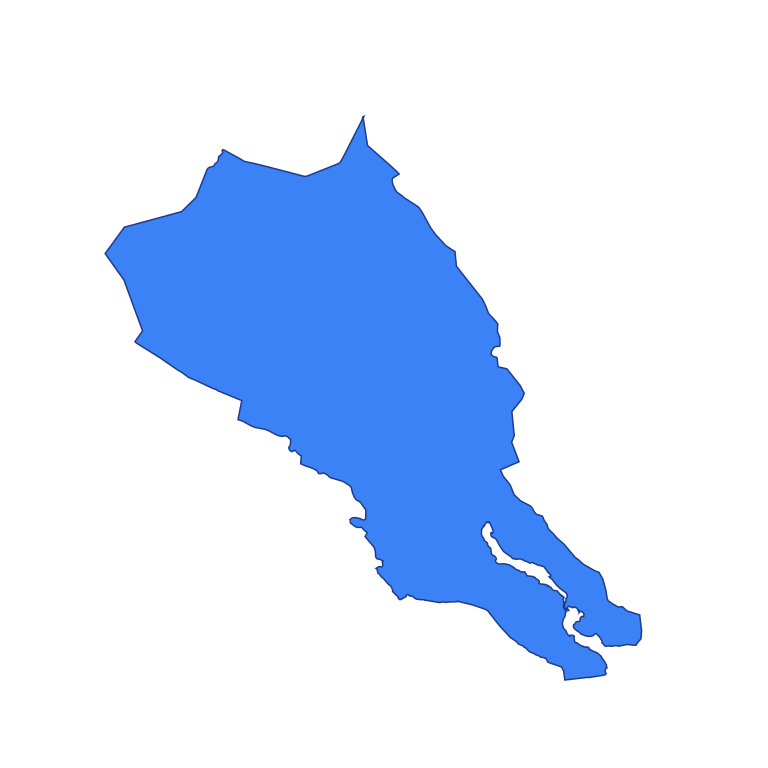 Modalen nor, Hordaland, Norway, rotated 280°
{"feature_id": "86288312B70399865031783", "entity_name": "Modalen nor", "entity_type": "district", "adm_level": 2, "iso_a3": "NOR", "parent_name": "Norway", "parent_adm1": "Hordaland", "projection": "orthographic", "projection_center": [5.762, 60.88], "detail": "fine", "context": "isolated", "style": "filled", "palette": "blue", "viewbox_px": 768, "rotation_deg": 280, "n_neighbors": 0, "source": "geoboundaries", "source_scale": "gbopen_adm2", "svg_char_len": 6170}
<svg xmlns="http://www.w3.org/2000/svg" viewBox="0 0 768 768"><g transform="rotate(280 384 384)"><path d="M143.3,653.0L144.7,651.9L145.8,652.0L150.1,648.4L151.7,646.0L152.3,646.2L153.7,645.0L156.1,640.9L157.1,637.3L157.3,635.5L157.8,634.8L157.9,633.6L158.4,633.2L158.8,631.7L160.1,631.5L160.2,628.4L159.4,626.9L160.3,626.2L160.1,625.0L160.4,624.4L160.6,622.8L161.6,621.2L161.6,620.6L162.5,619.4L162.8,616.8L167.0,615.2L168.1,615.4L169.1,614.6L169.3,613.1L169.0,611.3L168.3,611.1L167.9,610.7L168.1,610.4L169.4,608.1L172.3,606.1L175.0,603.0L179.2,601.1L184.0,601.6L187.5,602.8L190.9,602.3L191.6,603.3L193.8,600.5L196.0,599.2L199.8,599.1L203.7,597.8L205.0,598.4L205.5,597.9L206.1,595.9L206.7,596.0L207.0,594.5L210.2,590.6L210.3,586.0L212.4,584.1L213.0,582.3L213.4,582.1L213.6,581.4L213.3,580.3L214.1,580.2L214.3,578.6L214.7,577.9L214.4,576.7L214.6,575.4L214.1,573.6L214.4,572.8L214.4,571.7L215.0,571.2L216.7,571.2L217.9,569.8L218.6,567.5L219.7,566.3L220.2,564.2L220.2,561.1L219.9,559.2L220.2,558.1L223.4,555.3L222.8,551.2L223.7,549.7L223.9,547.8L224.7,545.5L226.2,543.1L226.7,540.6L227.4,539.8L227.8,536.9L227.8,533.0L226.8,529.5L226.8,527.6L227.6,525.9L228.3,524.9L229.5,524.4L231.1,525.1L232.3,524.5L233.9,522.7L233.9,521.6L235.1,519.4L240.6,517.7L242.9,514.3L245.1,513.6L246.4,512.0L246.5,511.2L247.1,510.2L248.9,509.3L251.5,506.8L253.3,505.9L257.7,505.4L260.3,506.3L261.3,507.7L260.9,506.9L261.8,506.7L262.2,507.5L265.6,508.9L266.1,509.7L265.5,510.6L266.3,510.9L266.5,511.6L260.6,515.8L257.5,517.2L256.1,516.9L256.4,515.8L256.2,515.2L254.6,515.2L253.1,515.9L252.3,516.7L251.8,517.8L251.5,520.0L250.4,521.5L243.5,527.1L240.0,530.7L238.2,533.9L237.5,536.1L237.0,536.4L236.4,538.3L234.4,541.0L234.3,543.9L234.6,544.5L234.4,545.2L235.2,547.4L235.4,549.2L234.9,550.9L234.8,552.2L234.0,553.6L234.1,555.1L233.1,558.0L233.0,559.2L233.8,560.2L233.9,561.8L233.3,563.1L233.1,564.7L232.4,566.4L232.5,567.4L232.2,568.4L232.5,569.2L232.0,570.7L232.2,571.6L231.8,573.1L228.8,576.6L227.5,577.4L224.5,581.7L223.5,581.5L223.0,580.1L222.2,580.7L220.7,583.6L215.7,589.1L212.5,594.2L210.1,599.2L208.3,600.9L205.9,601.5L204.2,600.4L201.6,601.1L201.2,601.1L201.1,600.4L200.6,600.1L196.6,600.1L194.9,601.2L193.1,604.2L193.1,605.2L195.3,603.4L197.3,604.1L196.8,605.9L197.0,606.7L196.4,608.6L197.6,610.4L197.1,611.4L196.9,612.9L194.9,614.4L195.0,615.4L194.3,615.5L194.0,615.1L193.5,615.9L192.9,615.9L194.1,616.6L194.0,619.1L192.0,621.2L190.2,620.6L189.6,621.0L189.2,618.8L187.3,617.9L184.9,618.2L184.3,617.6L183.1,614.5L180.5,613.5L180.2,612.7L179.6,612.5L177.4,612.8L176.1,614.0L174.5,616.8L173.3,619.8L171.7,621.7L171.8,622.5L170.9,626.8L171.1,630.2L171.6,632.2L172.6,633.7L174.8,635.4L174.7,636.6L172.5,640.0L170.1,642.2L168.7,643.3L166.6,643.8L165.9,645.5L164.7,646.2L164.2,648.0L165.0,650.4L165.3,653.8L166.7,657.9L166.6,660.8L169.6,668.3L170.3,676.5L170.7,677.8L172.2,678.0L177.6,681.3L185.8,680.5L201.0,675.9L202.7,662.7L206.1,657.4L205.0,653.3L207.0,647.7L209.5,642.3L211.6,641.0L219.5,638.3L230.0,633.3L235.9,628.4L236.6,624.2L241.0,611.9L245.0,605.4L246.4,602.4L257.4,589.2L262.2,581.3L265.9,576.7L270.0,570.8L273.9,569.0L277.2,565.6L281.4,563.0L282.2,556.6L283.9,554.5L287.7,551.5L289.3,549.2L292.6,538.9L297.5,531.4L306.5,525.8L313.8,517.5L319.7,513.5L330.9,530.5L349.2,519.6L350.0,520.1L355.9,521.2L379.1,514.7L392.9,522.4L399.2,523.7L406.2,518.3L420.3,502.4L420.7,493.4L429.5,490.7L429.9,489.7L429.9,487.8L430.5,486.0L432.1,484.2L435.6,484.3L438.9,485.9L439.8,486.6L440.9,489.6L441.1,491.2L442.4,491.5L449.9,490.0L455.4,486.5L463.0,485.6L466.1,482.1L471.5,474.8L479.4,470.0L484.6,466.2L512.5,434.9L526.8,430.9L528.4,426.7L531.1,420.7L540.4,408.5L546.2,402.6L560.2,391.4L563.7,387.9L564.7,386.3L571.0,371.4L572.6,368.9L575.0,363.7L577.5,361.2L581.7,358.3L585.4,356.7L586.8,356.7L588.3,356.8L593.3,362.4L594.1,361.7L599.3,353.8L616.0,326.4L642.4,317.3L644.1,317.8L643.6,316.9L640.1,316.5L598.9,304.0L594.2,302.1L591.9,298.9L575.8,272.8L574.9,271.1L574.7,268.6L577.7,231.7L578.6,218.8L579.0,207.7L580.7,203.5L586.7,185.7L586.7,184.4L585.9,184.0L583.6,185.0L581.8,184.0L579.4,181.8L574.8,181.8L573.6,181.2L571.1,179.1L569.7,179.0L568.9,178.3L567.0,174.5L566.1,173.4L564.4,172.5L535.1,166.5L518.6,154.7L493.4,101.1L464.0,86.7L441.3,109.8L394.4,137.0L382.4,131.4L381.2,133.4L370.9,158.9L362.2,177.8L360.4,182.7L356.4,190.8L355.0,197.4L350.0,215.8L349.4,219.6L348.5,221.5L343.0,246.8L323.6,246.4L322.8,251.3L320.0,259.6L318.9,264.1L318.7,274.0L318.4,276.8L315.0,287.7L314.6,292.0L315.7,295.7L315.7,297.4L314.8,299.1L313.7,300.3L313.4,301.6L308.2,302.4L305.0,301.3L303.9,301.5L302.2,302.8L301.5,304.3L301.5,305.5L303.1,307.3L303.0,308.4L300.2,311.8L298.8,315.0L291.0,315.8L289.6,321.5L289.0,326.1L287.6,331.7L286.8,333.2L284.7,334.9L284.4,336.5L286.0,340.4L284.5,344.1L282.5,347.2L281.1,359.3L280.5,361.8L277.8,368.1L276.2,369.8L272.0,371.6L267.3,374.4L265.3,376.6L263.4,381.3L257.1,387.7L255.3,388.3L247.7,389.3L246.5,387.8L246.4,387.1L247.5,383.0L247.3,381.4L247.5,378.7L246.6,376.0L244.7,374.0L241.2,375.2L238.7,380.1L238.1,382.6L238.9,386.6L238.7,387.3L236.2,390.3L234.7,393.1L234.0,393.2L230.5,391.8L221.5,402.6L217.5,404.6L212.1,405.9L210.6,407.6L210.5,410.8L209.8,412.7L209.8,413.6L207.8,413.3L205.7,414.4L203.9,413.9L203.2,412.9L203.6,411.9L203.3,410.8L201.0,408.1L200.4,409.3L196.8,410.8L196.3,411.3L196.1,412.3L193.8,414.6L192.5,417.0L187.7,422.9L186.0,426.0L182.6,428.3L181.1,428.5L178.1,432.7L177.6,434.0L175.4,435.4L174.4,436.8L174.6,437.8L178.5,442.7L180.2,443.1L180.6,443.5L180.7,444.3L179.6,446.2L180.1,447.1L179.5,449.7L178.0,452.3L177.8,453.4L178.0,458.3L178.6,460.8L178.0,461.9L178.3,462.8L178.4,477.1L179.3,478.6L179.7,481.4L179.6,482.7L179.9,483.2L181.2,488.5L182.0,493.1L183.1,494.2L182.5,495.0L182.7,496.1L181.8,509.9L179.8,522.3L178.9,525.3L166.1,539.6L156.3,552.4L153.6,558.5L152.4,560.5L151.4,561.2L150.0,566.8L149.1,567.7L148.8,569.2L146.3,572.6L145.2,574.9L145.3,575.6L144.8,577.1L144.8,578.1L143.7,580.6L143.1,584.1L142.2,585.5L142.3,589.1L141.8,590.5L142.0,591.0L138.4,593.8L136.2,607.8L132.7,610.7L123.9,613.5L130.4,635.3L130.5,636.8L135.8,652.0L137.2,653.1L139.3,651.7L141.8,651.6L143.3,653.0Z" fill="#3b82f6" stroke="#1e3a8a" stroke-width="1.5"/></g></svg>